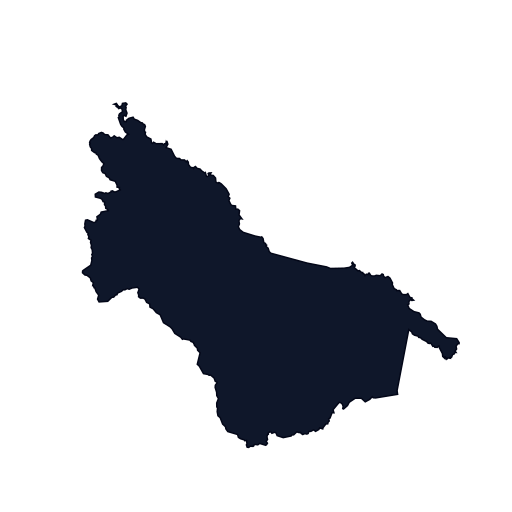 the district of Acandí, Chocó, Colombia, rotated 344°
{"feature_id": "7082276B91740979880715", "entity_name": "Acandí", "entity_type": "district", "adm_level": 2, "iso_a3": "COL", "parent_name": "Colombia", "parent_adm1": "Chocó", "projection": "mercator", "projection_center": [-77.318, 8.474], "detail": "fine", "context": "isolated", "style": "filled", "palette": "ink", "viewbox_px": 512, "rotation_deg": 344, "n_neighbors": 0, "source": "geoboundaries", "source_scale": "gbopen_adm2", "svg_char_len": 6078}
<svg xmlns="http://www.w3.org/2000/svg" viewBox="0 0 512 512"><g transform="rotate(344 256 256)"><path d="M423.4,398.0L425.6,396.0L427.0,396.3L427.4,395.3L426.1,390.8L416.4,387.0L410.3,376.4L410.5,373.4L409.8,370.8L406.3,367.0L402.7,365.9L400.2,363.6L397.8,360.2L397.8,357.2L397.0,355.6L392.5,353.0L388.8,348.7L388.3,344.7L389.8,344.3L390.3,342.0L392.7,340.5L393.5,341.7L395.3,341.9L394.1,340.1L394.4,339.3L392.5,338.1L391.6,334.0L389.9,334.6L386.9,333.7L385.6,332.6L384.6,328.8L381.6,328.0L381.6,327.1L379.8,325.4L379.1,320.9L379.8,319.5L378.7,314.2L377.2,312.1L374.1,312.4L373.1,310.7L373.2,308.9L372.2,308.0L370.0,309.2L366.3,307.7L364.4,307.9L361.8,307.1L360.9,306.2L360.2,303.7L359.4,303.6L358.6,304.7L357.0,303.9L355.3,304.9L354.9,303.0L353.6,302.0L354.0,301.3L352.8,300.8L351.4,298.5L349.9,298.4L347.4,294.4L347.3,293.6L348.5,293.0L348.8,291.9L347.9,291.0L347.1,288.6L346.1,289.2L346.4,291.5L342.7,292.7L337.3,292.0L324.1,288.5L320.8,285.9L303.2,276.9L271.0,257.4L269.9,255.4L269.8,251.8L268.1,249.3L269.2,248.5L268.5,247.7L268.6,246.6L267.2,245.3L267.6,241.2L266.8,239.2L266.1,239.4L260.7,236.6L250.2,229.7L247.6,226.1L247.1,223.0L248.9,220.6L249.3,217.2L251.4,215.7L252.7,216.4L251.0,211.8L252.7,207.9L251.5,206.0L249.5,205.4L250.1,202.2L246.6,200.7L246.0,199.6L245.2,195.3L246.8,193.2L245.6,191.4L247.2,189.2L245.8,183.1L242.5,177.1L241.0,175.4L240.4,175.1L239.7,175.7L237.8,173.9L238.6,169.9L237.1,166.8L235.0,166.0L234.7,164.6L235.7,163.7L233.5,163.2L232.7,163.5L232.9,165.7L231.2,166.2L230.3,165.7L230.3,162.1L229.9,162.4L227.3,159.3L226.2,157.0L223.5,155.5L222.5,153.3L221.1,153.6L220.3,154.6L220.2,154.0L217.5,152.7L216.3,149.4L216.8,147.1L216.1,145.4L214.8,146.3L213.8,144.0L210.4,143.0L209.4,141.2L206.4,140.2L205.2,137.6L203.8,130.0L199.4,127.0L202.1,124.2L202.0,120.8L201.1,122.7L201.0,121.7L200.3,123.0L198.8,122.9L197.7,123.8L196.8,122.1L191.1,120.6L188.9,118.4L187.5,119.3L186.8,118.5L187.2,114.6L183.8,111.4L182.9,108.4L183.9,106.6L183.2,105.7L183.6,103.7L185.4,100.9L185.1,98.9L184.3,98.8L183.4,96.7L182.0,96.0L179.6,93.0L176.7,90.9L176.1,88.7L171.8,88.6L168.9,89.8L168.3,91.1L166.5,90.5L166.0,88.3L166.8,84.9L168.1,84.6L169.5,85.8L171.4,83.1L171.1,79.5L172.1,77.4L171.9,75.9L173.9,74.5L173.0,72.9L169.7,72.5L168.4,74.7L165.7,75.0L164.8,73.5L163.8,73.9L164.4,72.3L163.8,70.8L161.4,71.0L163.3,72.2L162.8,73.6L163.7,74.2L164.7,76.5L166.4,76.2L167.7,77.8L167.5,80.5L164.0,81.7L162.9,83.0L162.8,84.6L161.8,85.0L162.2,92.1L162.8,94.2L164.3,96.5L163.9,97.8L164.6,100.8L167.0,103.8L165.4,104.0L160.7,107.4L159.8,107.2L157.3,104.2L154.9,104.0L152.8,101.4L151.1,102.3L148.7,102.5L147.1,98.7L144.0,97.6L143.0,95.7L141.5,94.6L138.6,94.9L137.4,96.0L135.3,95.4L134.0,95.9L132.7,97.4L129.6,98.6L128.1,99.9L127.3,101.2L127.7,102.0L126.9,102.6L126.8,105.4L127.6,107.3L127.1,109.2L129.4,112.2L130.4,112.4L130.6,114.0L132.0,115.6L132.4,119.2L133.8,122.9L135.3,125.3L133.3,127.7L132.0,128.2L131.1,131.1L131.4,132.6L131.9,133.9L133.7,135.0L134.2,138.2L136.4,140.3L136.8,142.5L141.3,145.4L142.0,149.6L141.4,151.5L143.6,152.5L143.1,153.5L143.7,155.0L139.1,155.7L137.6,155.5L136.0,153.8L134.5,153.8L134.3,154.5L130.9,155.1L129.1,153.9L127.4,154.1L126.3,153.0L125.5,153.2L125.3,152.3L122.6,151.2L118.5,152.3L117.9,155.0L122.3,157.6L123.6,159.0L124.0,161.6L125.4,162.4L124.5,164.9L125.2,166.4L124.7,168.7L126.2,170.3L126.6,171.7L119.3,171.1L117.9,173.0L113.9,174.4L113.6,177.4L113.2,178.0L112.3,177.6L111.2,179.2L109.3,179.2L103.9,174.7L102.0,174.6L100.3,178.0L99.9,180.3L98.9,181.3L100.0,186.6L101.1,188.1L100.3,189.0L100.7,191.4L99.7,193.0L101.8,195.4L100.7,197.3L100.8,200.4L99.8,202.5L100.3,204.7L99.6,208.5L98.6,209.2L98.7,211.4L97.4,212.6L97.0,215.1L94.6,219.3L86.2,222.1L85.2,222.6L84.6,224.3L86.3,227.1L88.2,228.0L90.7,231.4L90.7,234.5L92.3,236.7L90.9,239.4L91.4,239.5L91.7,242.0L92.3,242.1L92.5,246.2L94.0,250.3L91.8,253.8L92.5,256.9L101.0,258.7L106.0,256.0L107.9,256.3L110.1,254.8L111.7,254.9L112.7,253.5L116.9,252.9L119.2,251.8L120.6,252.4L123.2,251.8L124.9,253.0L128.1,252.6L133.5,253.4L134.5,255.7L132.3,258.7L132.5,261.1L131.9,262.8L133.2,264.6L136.1,265.4L137.4,266.9L138.1,270.4L140.6,272.8L140.0,275.9L142.6,278.4L144.6,283.0L147.7,286.1L148.7,294.6L154.0,300.5L155.3,302.9L156.6,308.0L161.3,313.3L162.3,315.8L163.4,315.7L169.3,318.6L169.9,320.2L172.1,321.9L171.9,323.1L172.6,324.2L172.2,324.9L174.2,328.4L173.9,330.5L175.6,333.6L169.7,343.9L171.1,346.2L173.1,354.6L177.3,356.7L178.0,357.7L179.6,358.0L182.1,361.8L182.3,365.3L183.6,366.3L183.5,367.3L181.3,369.0L180.5,371.1L180.6,376.1L179.8,379.4L180.6,382.7L177.7,386.5L176.7,390.3L177.2,391.4L175.8,394.9L175.4,399.1L177.0,401.5L177.6,408.4L179.6,411.7L179.4,413.9L180.5,417.0L189.1,422.5L189.1,425.5L190.8,427.4L194.1,429.6L194.3,430.5L196.1,430.7L195.5,434.2L194.7,434.9L194.8,437.4L196.2,438.0L198.1,437.3L200.7,438.2L201.6,437.8L201.5,437.1L203.0,436.8L205.7,438.0L207.9,437.2L213.1,440.6L214.1,440.3L215.4,439.1L214.6,437.0L216.5,435.6L216.7,432.7L217.9,430.9L218.7,430.8L218.9,429.6L220.5,428.9L221.8,429.2L222.4,430.8L225.4,430.6L226.5,431.7L226.8,434.5L232.1,438.1L240.2,438.7L241.1,437.9L242.9,438.3L246.7,436.3L248.8,437.7L250.3,437.8L250.4,438.9L251.7,440.5L254.0,440.2L255.8,441.2L257.2,441.0L258.5,439.2L260.3,439.7L263.5,439.0L264.9,441.0L268.6,440.1L269.7,438.8L272.5,440.6L273.1,439.5L276.9,436.7L278.7,437.1L279.4,435.7L280.9,434.8L281.0,432.5L282.5,432.2L285.9,427.6L287.7,428.2L287.7,425.0L295.6,419.6L297.4,420.7L298.2,422.4L298.3,424.7L297.3,426.6L298.0,427.2L302.7,425.0L305.3,422.3L312.1,420.1L318.1,421.8L320.8,426.3L325.8,425.2L329.0,423.3L329.6,424.6L331.9,425.4L354.0,428.0L354.5,424.3L382.6,368.8L384.8,372.0L384.9,373.9L386.5,375.8L389.7,377.7L390.0,379.1L391.6,379.8L392.8,381.9L396.4,385.2L397.4,387.3L398.9,388.0L400.0,387.8L401.1,391.6L402.3,391.7L402.7,393.0L405.1,393.8L406.5,392.7L407.3,392.9L406.9,394.4L408.3,401.2L407.8,404.0L409.2,406.4L409.4,405.1L410.2,405.1L410.9,407.8L412.4,406.9L414.7,407.9L414.7,406.9L416.1,407.2L417.8,405.0L419.7,404.7L420.7,403.4L421.7,403.8L421.2,402.2L423.2,400.7L423.4,398.0Z" fill="#0f172a" stroke="#020617" stroke-width="1.5"/></g></svg>